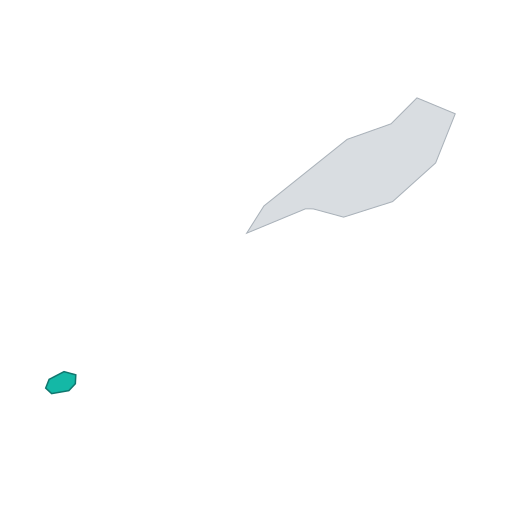 location of Kayangel within Palau, rotated 222°
{"feature_id": "PLW-5248", "entity_name": "Kayangel", "entity_type": "state/province", "adm_level": 1, "iso_a3": "PLW", "parent_name": "Palau", "parent_adm1": "", "projection": "albers", "projection_center": [134.709, 8.073], "detail": "fine", "context": "in_parent", "style": "filled", "palette": "teal", "viewbox_px": 512, "rotation_deg": 222, "n_neighbors": 0, "source": "natural_earth", "source_scale": "10m", "svg_char_len": 465}
<svg xmlns="http://www.w3.org/2000/svg" viewBox="0 0 512 512"><g transform="rotate(222 256 256)"><path d="M242.2,481.2L203.1,495.0L184.8,445.4L190.9,387.8L216.9,343.5L245.0,329.3L250.8,324.2L278.2,266.7L283.6,298.5L266.3,403.7L244.1,444.6L242.2,481.2Z" fill="#d9dde1" stroke="#a8b0b8" stroke-width="1"/><path d="M315.8,17.0L323.9,17.1L327.2,25.9L321.3,41.6L310.4,47.1L304.8,40.2L305.0,30.7L315.8,17.0Z" fill="#14b8a6" stroke="#0f766e" stroke-width="1.5"/></g></svg>